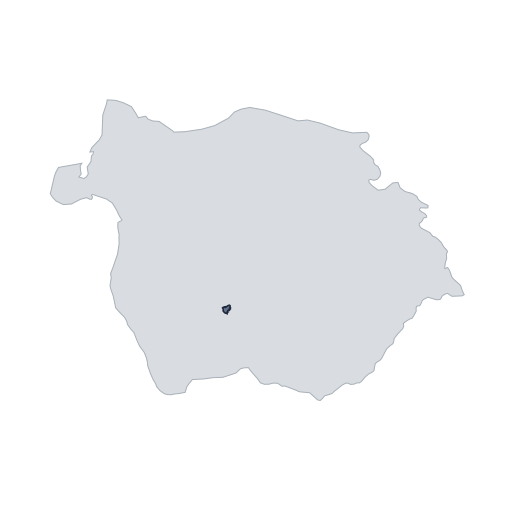 Ditrau, Harghita, Romania shown in context, rotated 186°
{"feature_id": "2599482B10116484891151", "entity_name": "Ditrau", "entity_type": "district", "adm_level": 2, "iso_a3": "ROU", "parent_name": "Romania", "parent_adm1": "Harghita", "projection": "orthographic", "projection_center": [25.527, 46.847], "detail": "fine", "context": "in_parent", "style": "filled", "palette": "slate", "viewbox_px": 512, "rotation_deg": 186, "n_neighbors": 0, "source": "geoboundaries", "source_scale": "gbopen_adm2", "svg_char_len": 5203}
<svg xmlns="http://www.w3.org/2000/svg" viewBox="0 0 512 512"><g transform="rotate(186 256 256)"><path d="M399.5,287.2L404.5,293.7L410.6,297.0L424.7,300.1L425.9,299.6L426.0,298.9L425.0,298.0L424.8,296.8L425.4,295.2L427.3,295.1L430.5,296.3L436.4,294.1L445.0,288.4L453.0,287.0L460.5,289.7L464.5,293.1L467.1,296.5L466.5,300.8L466.2,303.4L464.8,314.5L463.7,318.7L461.7,323.4L438.9,330.0L440.3,327.3L439.5,322.7L438.4,319.3L440.4,316.0L435.2,315.1L433.0,316.9L431.4,320.0L433.2,326.9L430.9,330.9L430.0,333.0L430.1,338.1L428.7,340.4L428.5,342.8L432.1,342.0L430.7,346.5L424.0,355.2L421.8,360.3L423.1,380.2L420.5,392.2L420.3,395.7L412.9,396.1L410.6,395.9L403.5,394.4L395.5,391.5L390.6,385.5L387.5,381.2L380.9,383.4L379.6,382.9L377.7,380.8L372.6,379.5L366.4,379.7L352.2,371.9L350.6,370.6L339.7,372.2L323.3,376.4L310.7,381.4L297.8,390.2L292.5,396.9L286.4,400.4L277.7,403.1L262.0,402.0L245.8,398.6L228.4,394.8L219.0,396.6L206.2,394.9L187.1,390.2L172.9,388.5L158.7,390.6L156.4,388.6L156.0,386.4L156.6,383.3L158.7,380.8L162.1,379.0L164.0,377.2L164.2,375.2L160.5,371.9L152.9,367.3L149.7,364.5L149.0,363.8L148.8,361.4L147.3,359.4L144.3,357.9L142.1,355.2L140.6,351.5L141.1,348.1L143.5,344.9L146.6,343.6L150.2,344.2L151.8,343.3L151.3,341.0L147.8,338.0L141.4,334.2L134.6,335.9L127.5,343.0L122.5,344.0L119.7,338.8L114.5,335.7L106.9,334.4L102.3,332.2L100.6,329.3L97.4,326.9L90.1,324.2L90.1,321.9L91.4,321.5L94.0,321.4L97.5,321.1L98.1,319.8L98.2,318.7L95.6,317.1L92.8,315.9L91.4,314.8L90.5,313.7L90.4,312.5L91.3,311.8L92.4,311.8L93.5,311.1L94.3,308.5L95.9,306.3L97.0,305.6L97.0,304.0L96.0,302.4L94.5,301.0L92.3,300.1L85.5,297.4L82.1,293.9L80.0,293.7L76.7,291.7L73.1,288.7L70.2,284.6L66.9,281.8L66.1,280.7L66.1,279.7L66.8,278.6L66.8,277.4L66.1,273.4L67.0,269.3L67.1,265.5L67.1,263.7L66.5,263.2L65.9,263.7L65.0,264.4L64.1,264.5L61.8,261.5L59.0,255.5L56.9,253.5L52.9,250.6L49.5,248.1L47.3,243.2L44.9,239.3L46.8,237.9L56.9,236.4L61.5,238.8L63.6,238.1L65.8,236.5L67.0,235.2L67.3,233.8L68.4,232.0L71.8,231.3L80.7,233.0L84.4,230.6L85.9,229.3L86.8,226.2L87.9,223.8L91.2,222.7L91.3,220.4L90.9,217.9L93.1,212.5L94.3,210.3L96.1,209.6L98.4,208.0L102.4,204.5L101.7,201.4L102.5,199.1L106.7,193.6L110.0,188.3L110.1,185.6L110.6,183.2L113.4,180.7L116.3,177.4L120.5,167.0L121.8,165.2L124.3,163.3L126.2,161.4L126.7,154.4L128.4,152.5L131.7,150.4L135.0,146.8L137.8,142.6L139.8,140.7L142.5,140.3L145.4,138.7L148.6,138.2L151.6,139.2L153.6,138.8L156.6,136.8L164.4,129.2L165.5,127.6L167.1,126.6L173.2,124.1L174.9,121.4L177.0,119.0L179.7,119.3L188.3,125.6L197.8,125.5L199.5,125.7L200.1,125.9L201.2,126.4L213.7,129.7L215.6,129.4L216.2,129.1L221.2,131.7L225.6,131.4L229.9,129.8L234.3,129.3L238.4,130.3L241.4,133.9L249.4,141.3L251.8,144.1L255.5,143.7L259.5,142.4L263.7,137.5L276.3,131.9L286.0,130.5L295.4,128.2L306.3,126.5L309.4,121.9L311.1,118.8L312.2,113.0L318.1,111.2L323.6,110.0L325.5,109.2L329.6,108.9L332.7,109.4L337.6,112.2L341.1,115.7L342.5,118.5L345.5,122.5L348.7,128.1L352.2,135.5L353.0,139.3L354.4,143.4L357.0,148.3L362.0,153.8L362.7,154.8L365.0,158.6L369.5,167.2L373.2,170.5L376.4,174.2L378.0,178.0L380.3,181.3L385.7,185.7L390.1,189.7L393.9,201.5L396.5,206.9L398.1,211.1L397.7,219.6L398.8,223.2L397.0,229.9L393.9,243.4L393.4,254.0L394.2,259.7L394.4,263.4L395.3,265.7L396.5,270.5L396.8,274.7L395.5,276.0L393.7,277.0L393.0,277.9L394.8,279.8L397.2,283.3L399.5,287.2Z" fill="#d9dde1" stroke="#a8b0b8" stroke-width="1"/><path d="M282.9,201.5L283.0,201.5L283.2,201.4L283.3,201.4L283.5,201.4L283.6,201.2L283.8,201.0L283.9,200.9L283.7,200.7L283.5,200.4L283.4,200.4L283.3,200.2L283.1,200.0L283.0,199.9L283.0,199.7L283.1,199.4L283.1,199.1L283.1,198.9L283.0,198.7L282.9,198.6L282.9,198.4L282.9,198.2L282.7,197.9L282.6,197.6L282.4,197.4L282.3,197.2L282.2,197.2L282.3,197.2L282.2,197.1L281.9,197.0L281.8,196.8L281.7,196.7L281.4,196.5L281.3,196.4L281.2,196.4L281.1,196.2L280.9,196.1L280.7,196.1L280.3,196.0L280.1,196.1L279.9,196.0L279.9,195.9L279.6,195.9L279.5,196.0L279.4,196.0L279.4,195.9L279.2,195.8L279.1,195.7L278.9,195.6L278.6,195.5L278.6,195.8L278.7,196.0L278.6,196.3L278.7,196.5L278.8,196.6L278.9,196.8L278.8,197.1L278.9,197.3L278.8,197.5L278.6,197.5L278.4,197.5L278.5,197.6L278.5,197.8L278.5,198.0L278.5,198.3L278.4,198.5L278.4,198.8L278.2,198.9L277.9,198.8L277.8,198.7L277.7,198.7L277.7,198.8L277.4,198.9L277.4,199.0L277.3,199.3L277.2,199.4L277.2,199.5L276.9,199.4L276.7,199.3L276.6,199.5L276.5,199.8L276.6,200.0L276.7,200.3L276.4,200.5L276.1,200.6L276.2,200.9L275.9,200.9L275.9,201.0L276.0,201.1L276.2,201.3L276.1,201.5L276.3,201.5L276.2,201.6L276.3,201.7L276.4,201.8L276.3,202.0L276.4,202.8L276.5,202.7L276.5,202.8L276.6,203.0L276.6,203.3L276.7,203.6L276.8,203.7L276.7,203.9L277.0,204.1L277.3,204.2L277.3,204.3L277.5,204.3L277.6,204.2L277.9,204.1L278.0,204.1L278.3,203.9L278.5,203.8L278.6,203.7L278.8,203.7L279.0,203.6L279.1,203.4L279.2,203.2L279.3,203.2L279.5,203.0L279.5,202.9L279.6,202.7L279.8,202.7L280.1,202.6L280.3,202.5L280.5,202.5L280.5,202.4L280.6,202.2L280.6,201.9L280.6,201.7L280.8,201.6L281.0,201.7L281.3,201.7L281.5,201.6L281.8,201.7L281.9,201.8L281.9,202.0L281.7,202.1L281.6,202.3L281.8,202.3L282.0,202.2L282.3,202.0L282.5,202.0L282.6,201.9L282.6,201.7L282.9,201.5Z" fill="#64748b" stroke="#1e293b" stroke-width="1.5"/></g></svg>